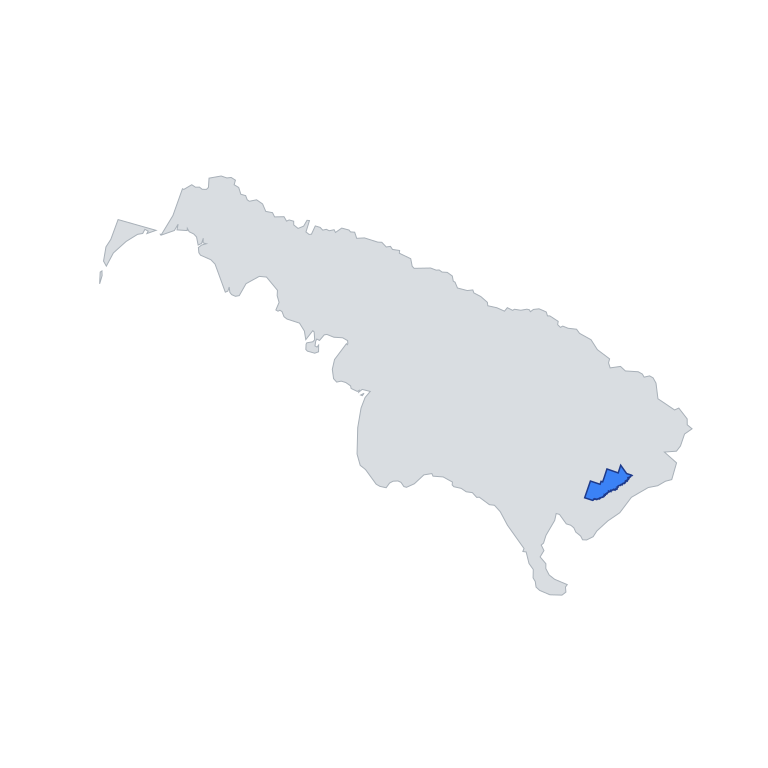 location of General Güemes, Chaco, Argentina, rotated 108°
{"feature_id": "61730980B25522786884862", "entity_name": "General Güemes", "entity_type": "district", "adm_level": 2, "iso_a3": "ARG", "parent_name": "Argentina", "parent_adm1": "Chaco", "projection": "robinson", "projection_center": [-61.125, -25.104], "detail": "fine", "context": "in_parent", "style": "filled", "palette": "blue", "viewbox_px": 768, "rotation_deg": 108, "n_neighbors": 0, "source": "geoboundaries", "source_scale": "gbopen_adm2", "svg_char_len": 7435}
<svg xmlns="http://www.w3.org/2000/svg" viewBox="0 0 768 768"><g transform="rotate(108 384 384)"><path d="M469.5,234.0L465.2,241.5L466.2,246.5L462.2,258.4L463.2,260.8L460.0,266.4L461.1,272.5L459.4,278.4L460.1,285.8L458.9,288.0L456.1,288.6L454.1,299.0L456.5,308.9L454.4,310.8L458.1,318.0L469.5,324.3L475.3,330.7L475.4,333.4L472.3,337.4L471.9,340.7L473.6,345.3L476.5,348.1L482.0,349.9L482.6,356.3L481.7,360.5L471.1,375.1L468.7,381.5L458.9,388.0L433.6,395.5L414.0,398.4L402.7,397.8L395.3,394.8L395.9,403.1L399.6,405.5L397.7,405.6L399.3,407.1L398.4,413.9L396.1,415.2L394.4,420.8L394.5,425.6L396.8,429.6L394.5,433.6L386.0,437.7L376.0,438.6L357.3,432.2L358.0,431.1L357.0,430.8L354.0,432.0L352.8,437.6L355.0,446.1L354.5,453.6L355.7,456.0L362.5,458.8L362.0,461.8L364.3,462.2L369.1,461.4L369.6,459.1L367.1,458.2L373.6,456.2L376.1,459.4L376.4,467.0L375.3,469.0L370.2,470.4L368.7,470.1L365.8,464.7L363.3,463.6L356.1,466.5L355.3,468.2L366.0,472.1L358.2,476.1L352.2,483.2L352.2,496.3L350.9,499.9L346.7,503.3L346.0,505.8L347.5,507.3L347.0,509.7L338.8,509.0L333.0,512.9L327.8,514.3L318.6,528.8L320.2,535.9L331.2,546.2L344.7,549.0L346.5,552.4L346.1,556.5L344.5,558.9L339.6,561.2L343.9,561.2L345.7,563.3L322.2,581.7L319.3,587.1L318.2,598.3L316.4,600.6L311.6,602.7L308.2,600.4L305.5,596.3L305.7,599.7L301.2,600.9L306.7,601.0L309.3,603.7L302.1,607.7L300.1,611.3L299.4,616.3L296.7,619.2L298.9,618.6L301.4,628.5L295.6,629.2L302.8,630.8L311.4,642.1L310.7,643.0L310.4,641.8L289.0,636.8L260.6,636.0L260.8,634.5L253.9,628.4L255.1,624.1L253.8,620.4L255.0,617.1L253.8,613.0L251.3,611.7L242.3,614.0L236.5,603.1L236.6,597.1L234.8,593.2L236.1,588.3L240.8,588.1L242.0,582.9L247.8,578.8L247.6,573.8L251.1,571.0L251.8,568.5L248.2,562.1L250.3,555.1L256.4,549.8L255.5,543.0L258.9,539.7L255.8,530.8L259.2,527.0L257.3,524.9L257.1,520.2L260.6,519.0L262.6,513.8L258.7,509.2L252.1,507.8L251.6,505.4L263.5,505.2L264.9,501.5L264.0,499.3L254.9,498.2L254.8,493.1L256.6,489.8L254.7,486.6L255.2,483.5L252.7,479.1L254.9,477.0L248.8,472.4L248.4,464.8L249.7,462.9L248.7,458.8L253.9,455.0L251.1,447.7L251.0,433.7L249.9,429.9L253.0,424.2L251.1,420.4L253.4,417.5L252.2,410.4L254.9,409.8L256.6,397.3L263.3,393.6L264.7,391.1L259.3,375.5L259.6,369.5L258.5,366.8L259.6,363.4L258.3,358.3L260.2,352.4L264.8,349.9L265.2,347.9L270.0,343.8L269.4,333.7L267.1,328.6L269.6,326.7L270.9,319.0L274.4,310.9L277.5,309.5L276.6,300.2L277.5,291.9L273.3,290.3L274.2,284.4L272.6,283.0L271.6,276.7L268.7,271.2L268.5,268.7L270.0,267.1L266.9,264.9L264.6,259.8L265.0,255.1L265.4,251.9L268.7,249.6L268.0,247.3L270.6,237.7L273.9,237.2L275.6,233.7L273.7,231.9L274.1,226.1L272.4,217.8L275.4,213.7L277.9,200.8L285.4,191.7L290.4,177.2L294.5,177.0L298.8,173.9L294.2,164.5L297.0,158.5L293.8,146.0L294.7,141.4L297.1,138.7L294.2,133.9L295.0,130.0L299.1,125.6L313.4,118.9L318.9,99.6L315.8,96.2L323.5,84.9L329.1,83.0L331.4,77.2L338.7,82.7L351.3,82.9L357.5,85.1L362.1,96.3L368.6,81.4L386.0,80.8L389.5,86.3L396.2,92.3L400.8,100.7L415.3,113.7L433.6,120.0L445.0,128.8L458.1,136.2L464.6,137.9L469.7,143.1L470.8,147.0L467.8,150.0L465.6,155.8L462.1,159.0L460.6,162.8L460.7,167.4L453.8,176.8L454.0,180.2L461.0,179.5L477.9,183.2L486.0,183.1L488.6,184.7L493.0,180.4L500.2,182.1L504.9,174.5L509.5,173.1L514.6,167.9L517.0,161.4L518.2,147.7L521.0,148.7L525.7,146.7L529.8,149.5L533.2,161.1L532.2,172.2L530.2,176.6L525.1,179.1L522.3,182.3L514.3,184.7L509.9,190.6L499.8,196.9L500.4,200.2L497.2,200.0L480.2,222.9L469.5,234.0ZM309.8,687.7L308.3,648.3L314.2,656.0L311.5,655.5L310.8,659.2L315.4,660.0L317.8,664.6L328.1,673.3L343.0,681.9L357.7,684.5L353.8,688.7L339.5,690.8L330.9,688.5L309.8,687.7ZM363.6,687.2L368.0,685.6L376.6,685.4L365.3,688.5L363.6,687.2ZM401.8,401.0L401.7,402.8L399.0,400.1L401.8,401.0Z" fill="#d9dde1" stroke="#a8b0b8" stroke-width="1"/><path d="M430.2,158.0L430.2,149.5L430.0,149.3L429.8,149.2L429.7,149.1L429.4,149.0L429.2,149.0L428.8,149.1L428.7,149.0L428.9,149.0L428.9,148.9L428.7,148.4L428.6,148.2L428.4,148.2L428.4,147.9L428.3,147.7L428.2,147.5L428.0,147.4L428.2,147.0L428.3,146.8L428.2,146.4L428.2,146.1L428.2,145.9L427.9,145.7L427.8,145.8L427.7,145.8L427.7,145.7L427.4,145.7L427.3,145.1L427.2,144.9L426.7,144.5L426.6,144.4L426.6,144.1L426.8,144.3L426.9,144.1L426.8,143.8L426.7,143.8L426.5,144.1L426.4,144.1L426.3,143.9L426.4,143.7L426.2,143.7L426.3,143.3L425.7,143.0L425.3,142.7L425.2,142.8L425.2,143.0L425.1,142.9L424.8,142.3L424.8,142.2L424.6,141.8L424.4,141.6L424.3,141.4L424.1,141.4L424.1,141.1L423.9,141.1L423.8,140.8L423.6,140.5L423.5,140.4L423.4,140.2L423.2,140.1L423.0,140.6L422.8,140.6L422.5,140.3L422.4,140.1L422.2,140.2L422.0,139.9L421.8,140.1L422.0,140.2L421.9,140.3L421.7,140.1L421.2,140.0L421.2,139.9L421.4,139.8L421.2,139.7L421.1,139.8L421.1,139.7L421.3,139.3L421.3,139.2L420.8,139.3L420.7,139.3L420.4,139.2L420.3,139.3L420.2,139.3L420.2,139.2L420.0,138.8L420.0,138.7L419.9,138.7L419.8,138.8L419.7,138.8L419.6,138.7L419.7,138.4L419.8,138.3L419.7,138.2L419.5,138.3L419.3,138.3L418.9,138.2L418.8,138.3L418.7,138.2L418.5,137.9L418.4,137.8L418.5,137.7L418.0,137.6L417.9,137.5L417.8,137.3L417.5,137.3L417.4,137.3L417.3,137.1L417.2,137.1L416.9,137.2L417.0,137.0L416.9,136.9L416.7,136.9L416.8,136.7L417.0,136.7L416.8,136.6L416.7,136.6L416.8,136.4L416.8,136.2L416.7,136.2L416.6,136.3L416.5,136.5L416.5,136.3L416.5,136.1L416.4,136.1L416.2,135.9L415.9,135.8L415.8,135.7L415.9,135.4L415.7,135.5L415.4,135.5L415.4,135.4L415.5,135.3L415.3,135.2L415.3,134.9L415.0,135.1L415.0,134.9L414.8,134.6L414.6,134.6L414.5,134.4L414.4,134.2L414.3,133.9L414.2,133.7L414.1,133.8L413.7,133.6L413.5,133.4L413.5,133.2L413.4,133.1L413.6,133.0L413.6,132.9L413.5,133.0L413.3,133.0L413.3,132.9L413.2,132.7L413.3,132.5L413.4,132.4L413.3,132.1L413.1,132.0L413.1,131.8L413.2,131.7L413.3,131.5L413.2,131.5L412.9,131.6L412.9,131.8L412.8,131.7L412.6,131.4L412.4,131.3L412.5,131.2L412.4,130.9L412.5,130.8L412.6,130.7L412.4,130.5L412.1,130.2L412.0,130.3L411.9,130.4L411.7,130.1L411.7,129.9L411.4,130.0L411.2,130.0L410.6,130.1L410.3,130.2L410.1,130.1L409.9,129.8L409.8,130.0L409.8,130.3L409.7,130.2L409.7,129.9L409.7,129.7L409.3,129.7L409.2,129.8L408.9,129.8L408.6,129.6L408.4,129.7L408.2,129.5L408.2,129.4L408.0,129.0L407.8,128.9L407.7,128.7L407.4,128.3L407.3,128.2L407.4,127.9L407.0,127.8L406.7,127.7L406.8,127.5L406.9,127.4L406.7,127.5L406.2,127.3L406.2,127.2L406.4,126.7L406.0,126.7L406.0,126.2L405.8,126.2L405.7,126.2L405.6,126.4L405.4,126.4L405.2,126.3L405.2,126.2L404.9,126.2L404.7,126.1L404.5,125.8L404.5,125.6L404.4,125.5L404.3,125.4L404.4,125.2L404.6,125.2L404.3,125.1L404.0,125.0L404.0,124.8L404.1,124.7L404.3,124.6L404.2,124.5L403.8,124.6L403.7,124.4L403.6,124.2L403.4,124.1L403.2,124.1L403.2,124.4L403.1,124.5L402.9,124.3L402.7,124.1L402.2,124.3L402.2,124.0L401.9,124.1L401.6,124.0L401.6,123.7L401.5,123.4L401.4,123.5L401.2,124.0L401.0,123.8L401.0,123.6L401.2,123.3L401.2,123.1L400.8,123.4L400.5,123.1L400.4,122.9L400.4,122.6L400.1,122.6L399.9,122.5L400.0,122.8L399.9,122.9L399.6,122.6L399.0,122.7L398.9,122.4L398.8,122.2L398.4,122.5L398.5,122.2L398.3,122.0L397.5,122.3L397.5,121.8L397.4,121.8L397.2,121.9L397.1,122.0L396.9,122.0L396.8,121.9L397.0,121.7L396.8,121.4L396.3,121.1L396.2,121.0L396.1,120.9L395.9,120.9L395.6,120.9L395.3,120.8L395.2,120.7L394.6,120.5L394.6,120.3L394.7,120.2L394.5,119.9L394.4,119.8L394.2,120.3L394.2,125.6L388.1,133.8L396.2,133.8L396.1,137.0L395.9,145.7L397.5,145.7L405.0,145.7L409.5,145.8L409.5,147.5L412.6,147.5L412.5,157.7L430.2,158.0Z" fill="#3b82f6" stroke="#1e3a8a" stroke-width="1.5"/></g></svg>